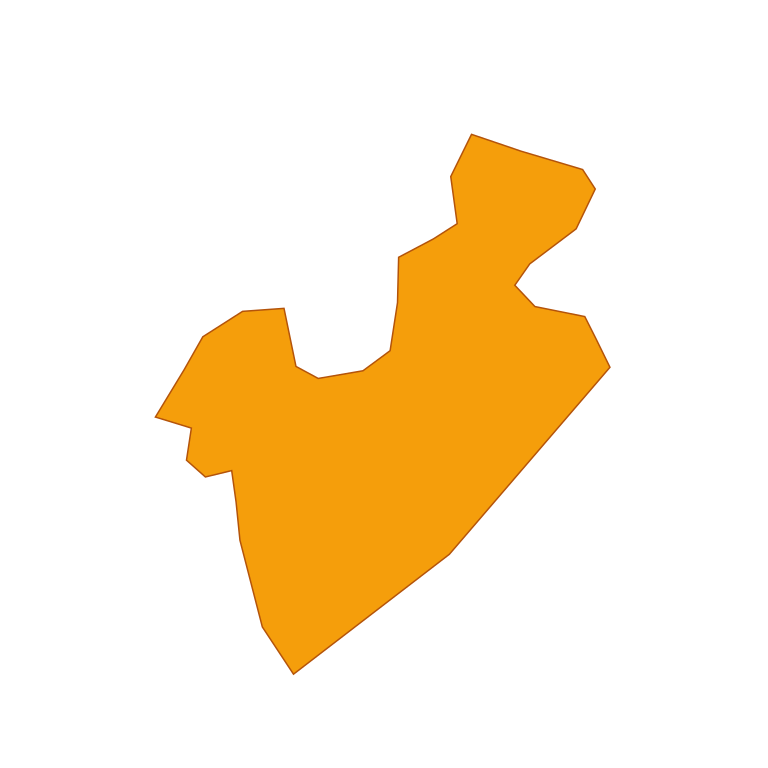 the state/province of Żurrieq, rotated 305°
{"feature_id": "MLT-5973", "entity_name": "Żurrieq", "entity_type": "state/province", "adm_level": 1, "iso_a3": "MLT", "parent_name": "Malta", "parent_adm1": "", "projection": "orthographic", "projection_center": [14.486, 35.824], "detail": "fine", "context": "isolated", "style": "filled", "palette": "amber", "viewbox_px": 768, "rotation_deg": 305, "n_neighbors": 0, "source": "natural_earth", "source_scale": "10m", "svg_char_len": 590}
<svg xmlns="http://www.w3.org/2000/svg" viewBox="0 0 768 768"><g transform="rotate(305 384 384)"><path d="M527.3,559.5L282.0,535.2L94.4,476.3L115.2,423.7L173.4,355.6L202.5,330.5L225.7,308.9L205.4,291.0L208.3,265.9L237.4,251.5L225.8,215.7L281.0,212.1L318.8,208.5L362.4,226.5L388.6,258.7L347.9,301.8L350.8,326.9L382.8,359.2L414.8,369.9L458.4,348.4L496.2,323.3L531.1,341.2L557.3,352.0L592.2,319.7L638.7,312.5L653.3,362.7L673.6,423.7L664.9,445.2L621.3,452.4L566.0,434.5L539.9,434.5L534.0,463.2L554.4,509.8L542.8,531.4L527.3,559.5Z" fill="#f59e0b" stroke="#b45309" stroke-width="1.5"/></g></svg>